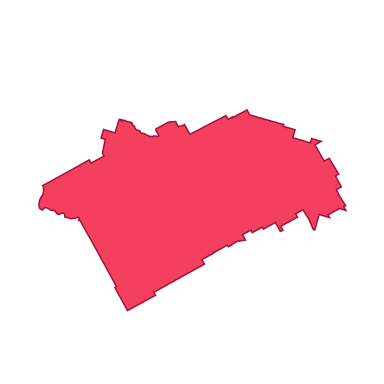 the district of Richmond, Queensland, Australia, rotated 236°
{"feature_id": "25037944B62712341328684", "entity_name": "Richmond", "entity_type": "district", "adm_level": 2, "iso_a3": "AUS", "parent_name": "Australia", "parent_adm1": "Queensland", "projection": "mercator", "projection_center": [143.266, -20.57], "detail": "fine", "context": "isolated", "style": "filled", "palette": "rose", "viewbox_px": 384, "rotation_deg": 236, "n_neighbors": 0, "source": "geoboundaries", "source_scale": "gbopen_adm2", "svg_char_len": 5325}
<svg xmlns="http://www.w3.org/2000/svg" viewBox="0 0 384 384"><g transform="rotate(236 192 192)"><path d="M156.0,74.7L154.4,74.5L129.8,72.2L126.8,104.0L130.2,104.3L128.1,129.0L127.4,137.4L125.9,154.1L125.2,162.0L130.2,162.4L130.4,162.4L129.5,172.3L129.2,175.5L129.6,175.5L128.2,191.4L127.7,191.4L127.5,191.5L126.5,191.7L126.2,191.7L126.2,191.8L126.0,193.5L125.8,195.3L126.3,195.3L125.6,203.4L125.2,203.3L124.9,203.6L122.2,209.4L128.4,210.1L127.4,219.5L124.6,219.2L124.6,219.5L123.9,226.9L123.5,230.6L121.3,230.4L120.6,238.8L120.3,241.9L120.2,243.6L120.1,244.1L109.9,243.2L109.4,246.0L113.9,246.5L113.3,253.4L113.2,253.4L112.1,265.4L115.9,265.7L115.3,273.2L115.3,273.3L115.3,274.0L108.1,273.8L104.6,273.8L93.1,271.6L91.9,272.4L91.9,272.5L96.4,277.9L102.3,284.8L93.8,291.8L97.0,292.1L95.7,305.2L90.7,309.2L94.9,309.6L94.7,311.8L96.4,311.8L103.4,312.0L105.0,312.0L105.3,312.0L113.2,313.0L113.2,313.5L112.8,317.8L112.8,318.7L117.7,319.2L125.1,320.0L125.1,321.1L125.0,321.7L124.8,323.6L130.1,323.9L131.9,324.0L134.2,324.1L138.8,324.4L143.2,324.6L143.7,318.9L151.5,319.5L151.6,319.4L154.6,319.7L159.3,320.1L162.3,320.4L161.7,327.5L169.4,321.0L166.6,317.6L173.7,311.7L180.6,305.8L186.0,312.3L195.1,304.6L195.3,304.4L196.6,305.9L198.2,304.4L202.0,301.0L203.0,300.5L202.9,300.3L206.2,297.6L211.8,292.9L213.6,291.4L216.8,288.6L217.8,287.9L220.2,285.8L223.7,282.9L228.0,283.4L229.3,283.5L229.3,283.0L230.3,273.4L230.4,272.9L230.9,267.7L231.6,267.8L232.1,262.5L236.4,262.9L236.4,262.7L239.5,235.5L239.5,235.2L241.0,222.5L241.3,222.5L241.5,222.5L241.8,222.5L244.3,222.8L246.5,223.0L250.1,223.3L252.2,223.5L252.3,221.7L252.7,220.3L253.2,219.1L253.3,218.8L253.6,218.4L253.6,217.6L253.7,217.2L259.6,217.8L263.0,212.0L263.4,208.8L263.8,204.2L264.3,199.1L264.4,197.4L263.6,196.6L257.1,196.0L257.3,195.7L257.4,195.1L257.4,194.9L257.5,194.6L257.6,194.4L257.7,194.1L257.8,193.8L258.1,193.4L258.7,193.0L258.9,192.8L259.2,192.6L259.6,192.2L259.8,192.0L259.8,191.9L260.0,191.4L259.9,191.3L260.0,191.2L259.9,190.7L259.8,190.4L259.9,190.2L260.0,190.0L260.3,189.9L260.6,189.7L260.8,189.6L260.9,189.4L261.0,189.3L261.0,189.1L261.1,188.9L261.1,188.7L261.3,188.3L261.4,188.2L261.5,188.2L261.8,188.1L262.0,187.9L262.3,187.7L262.6,187.4L263.2,187.2L263.4,187.1L263.5,187.1L263.8,186.9L263.9,186.7L264.1,186.5L264.2,186.4L264.4,186.3L264.7,186.1L265.0,186.0L265.4,185.9L265.6,185.9L265.8,185.8L266.0,185.7L266.4,185.5L266.6,185.3L266.7,185.2L267.0,184.9L267.3,184.7L267.7,184.5L267.9,184.3L268.1,184.2L268.3,184.0L268.4,183.9L268.6,183.5L268.7,183.4L268.9,183.2L269.0,183.0L269.2,182.8L269.4,182.7L269.5,182.7L270.0,182.5L270.5,182.6L270.8,182.7L270.9,182.8L271.1,182.9L271.3,182.9L271.8,182.9L272.1,182.8L272.5,182.7L272.8,182.5L273.0,182.3L273.0,182.1L273.1,181.9L273.2,181.7L273.3,181.5L273.4,181.4L273.5,181.3L274.0,181.0L274.3,180.9L274.7,180.7L275.0,180.7L275.3,180.6L275.6,180.6L276.0,180.6L276.4,180.5L276.7,180.4L276.9,180.4L277.1,180.4L277.4,180.6L277.7,180.8L277.8,180.8L278.1,180.9L278.3,181.0L278.5,181.0L278.8,181.0L278.9,180.9L279.1,180.8L279.4,180.7L279.6,180.6L279.8,180.5L280.6,180.4L281.0,180.5L281.3,180.5L281.6,180.6L282.4,180.7L282.6,180.7L282.9,180.8L283.0,180.8L283.3,180.7L283.6,180.5L283.7,180.4L283.8,180.2L284.0,180.0L284.2,179.9L284.4,179.8L284.5,179.8L284.5,179.7L284.9,179.3L285.1,179.1L285.3,178.9L285.5,178.8L285.8,178.6L286.0,178.5L286.1,178.4L286.4,178.1L286.5,177.9L286.8,177.6L287.0,177.4L287.3,177.0L287.5,177.0L287.8,176.9L288.1,176.8L288.4,176.8L288.6,176.7L288.8,176.6L288.9,176.4L289.1,176.3L289.2,176.2L289.3,176.1L289.3,175.9L289.3,175.7L289.3,175.3L289.3,175.0L289.3,174.7L289.6,174.4L289.9,174.4L290.0,174.4L290.3,174.4L290.4,174.5L290.7,174.5L290.9,174.5L291.1,174.4L291.3,174.2L291.4,173.9L291.3,173.6L291.2,173.3L291.1,173.2L291.1,172.8L291.3,172.7L291.5,172.7L291.7,172.8L291.8,172.8L292.0,173.0L292.3,173.0L292.5,173.0L292.6,172.9L292.8,172.6L292.8,172.4L292.8,172.2L292.5,171.7L292.4,171.5L291.8,170.7L284.0,161.3L293.3,153.7L287.5,146.7L284.1,149.5L274.3,139.5L270.9,139.2L272.4,124.5L276.1,124.8L278.1,100.8L280.8,71.8L280.2,71.9L277.5,70.7L276.7,70.2L273.5,67.3L273.3,66.9L272.8,65.9L271.9,63.7L271.3,62.6L270.9,62.0L270.2,60.8L269.3,60.1L269.0,59.6L268.0,58.7L267.3,58.2L266.7,57.8L265.5,57.1L263.8,56.5L262.5,57.0L261.3,57.5L260.6,58.0L260.8,58.4L261.0,58.9L261.2,59.8L261.3,60.6L261.1,61.3L260.8,61.9L260.5,62.4L259.9,62.9L259.0,63.4L258.6,63.7L257.1,64.3L256.6,64.5L255.8,64.8L255.6,65.2L255.3,65.5L254.9,65.7L254.8,66.0L254.6,66.4L254.4,66.8L254.1,67.0L253.8,67.0L253.6,67.2L253.4,67.5L253.3,67.8L253.2,68.0L252.9,68.0L252.4,67.9L252.1,68.0L251.8,67.8L251.6,67.7L251.4,67.7L251.1,67.9L250.7,68.0L250.1,68.2L249.9,68.0L249.7,67.8L249.0,68.2L248.5,68.5L248.3,68.9L247.9,69.2L247.6,69.2L247.5,69.3L247.5,69.7L247.5,70.1L247.5,70.7L247.5,71.8L246.9,72.8L246.2,73.7L245.0,73.9L244.4,73.8L242.6,72.7L242.0,72.7L241.5,72.9L241.2,73.4L241.0,73.8L240.9,74.3L240.4,74.8L239.4,75.2L238.6,75.7L237.9,76.3L237.3,77.0L237.0,77.7L236.4,79.1L235.9,79.9L235.4,80.8L235.3,81.1L235.3,82.5L235.1,82.9L234.9,83.2L234.3,83.8L234.0,83.9L233.7,84.0L233.4,84.0L233.2,83.8L232.8,83.2L232.7,82.8L232.5,82.6L232.2,82.3L231.9,82.2L231.6,82.2L231.4,82.5L230.8,83.2L228.0,83.0L224.6,82.7L208.4,81.4L205.2,81.1L198.9,80.5L178.1,78.6L158.7,76.8L155.8,76.6L156.0,74.7Z" fill="#f43f5e" stroke="#9f1239" stroke-width="1.5"/></g></svg>